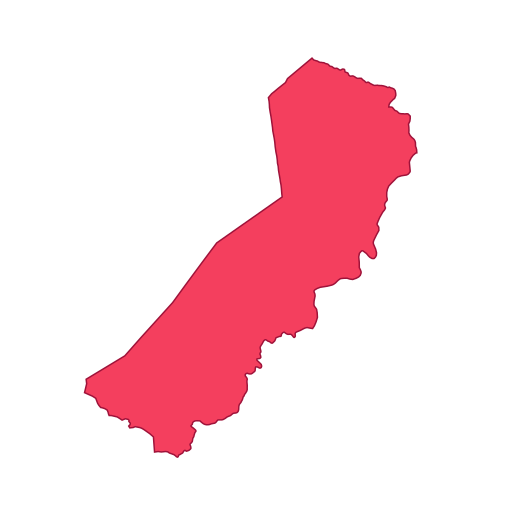 the district of Norbugang, Samdrup Jongkhar, Bhutan, rotated 130°
{"feature_id": "84629894B84199937092772", "entity_name": "Norbugang", "entity_type": "district", "adm_level": 2, "iso_a3": "BTN", "parent_name": "Bhutan", "parent_adm1": "Samdrup Jongkhar", "projection": "robinson", "projection_center": [91.144, 26.832], "detail": "fine", "context": "isolated", "style": "filled", "palette": "rose", "viewbox_px": 512, "rotation_deg": 130, "n_neighbors": 0, "source": "geoboundaries", "source_scale": "gbopen_adm2", "svg_char_len": 6049}
<svg xmlns="http://www.w3.org/2000/svg" viewBox="0 0 512 512"><g transform="rotate(130 256 256)"><path d="M154.8,181.1L154.2,183.3L153.4,184.0L151.4,184.7L147.0,186.0L141.2,187.1L137.7,187.2L136.0,187.7L134.7,189.8L133.4,190.9L132.0,191.3L129.0,191.4L128.1,192.0L126.3,194.2L123.3,196.7L120.1,198.4L117.0,199.3L113.1,199.1L108.7,198.7L106.3,198.6L104.1,198.1L101.0,196.1L97.1,192.7L95.4,192.0L93.0,192.0L91.9,192.4L85.7,198.7L84.3,199.4L81.2,200.2L77.9,200.4L74.5,199.8L73.6,199.1L71.4,201.2L69.9,203.3L69.6,204.1L66.6,206.8L65.7,208.2L65.2,209.4L65.0,210.4L65.0,211.1L65.0,213.1L64.6,215.6L63.4,218.1L61.4,219.6L59.1,221.7L56.9,224.0L53.8,224.8L51.6,226.2L49.7,227.8L49.4,230.8L49.9,231.7L51.6,233.4L52.3,234.5L53.3,235.7L54.4,237.4L54.7,238.4L54.5,241.1L55.2,243.3L54.6,246.4L54.6,247.5L55.2,248.5L56.5,250.1L54.8,251.2L53.7,251.6L51.7,251.8L49.1,251.6L47.7,251.5L46.3,251.1L44.0,251.8L43.0,252.2L41.5,253.6L39.8,255.7L39.4,257.7L39.8,259.3L40.6,261.1L40.9,262.5L42.1,263.2L42.5,264.0L42.5,264.6L42.8,265.5L43.6,267.4L44.6,269.2L46.5,271.6L47.2,272.9L47.8,273.4L49.0,274.7L49.4,275.2L49.9,277.1L50.1,278.2L50.4,279.0L50.5,281.1L50.8,282.0L51.7,282.5L52.3,283.1L52.4,283.8L52.2,285.3L52.4,287.7L52.2,289.0L52.2,289.6L53.4,291.1L54.3,292.0L54.7,292.5L55.0,293.4L55.2,294.5L55.2,295.2L55.6,297.1L56.3,298.2L56.8,298.5L57.5,299.1L57.7,299.9L57.8,301.1L57.0,302.7L56.8,303.3L57.1,304.4L57.6,305.5L57.7,306.3L56.4,307.7L56.3,308.5L56.6,309.1L57.3,310.0L59.0,310.6L59.4,311.0L59.8,311.9L60.0,314.1L60.3,314.9L61.7,316.2L62.0,317.6L62.1,319.7L62.8,320.8L63.1,321.9L62.8,323.7L63.0,324.7L63.9,326.5L64.3,328.3L64.9,329.0L65.8,330.6L66.5,331.4L67.0,332.9L67.1,334.1L67.7,335.3L68.6,337.4L68.7,338.1L68.4,340.3L99.8,345.9L104.2,344.9L113.0,346.7L117.6,347.5L121.5,348.3L126.7,348.3L129.1,345.4L131.3,343.2L133.7,341.0L136.6,337.7L139.5,334.2L142.0,331.4L147.0,325.9L149.3,323.6L154.2,317.6L156.9,314.6L159.9,311.6L163.5,307.6L166.2,304.2L168.9,301.3L171.1,299.2L173.0,296.7L176.0,293.7L181.5,287.2L183.5,285.0L185.5,282.5L188.0,279.9L191.7,276.3L193.9,273.9L271.2,294.5L296.1,293.1L323.3,291.4L345.4,289.9L392.8,291.7L416.8,292.3L459.6,306.9L462.7,303.6L470.9,299.5L468.5,291.2L468.0,287.3L470.7,282.5L471.4,280.3L471.9,277.6L471.3,276.6L470.6,275.0L470.0,273.3L469.7,270.9L470.8,268.8L471.8,267.5L472.6,266.0L471.1,264.1L468.5,258.9L468.1,256.1L467.8,253.1L464.6,251.4L463.3,248.8L463.5,247.6L464.5,247.0L464.6,246.3L464.9,244.8L466.2,244.0L467.0,244.2L468.1,244.2L468.8,242.2L466.3,239.8L464.4,238.9L462.0,234.5L461.4,232.7L461.0,230.2L460.4,223.2L460.5,218.3L471.4,207.7L468.7,205.3L467.0,202.6L463.9,199.6L462.8,197.8L462.7,197.1L462.6,195.8L462.3,194.9L461.6,193.1L461.3,192.2L460.9,191.1L460.8,189.2L460.9,188.1L460.8,187.6L460.6,186.9L459.7,186.6L458.9,187.0L458.1,187.1L457.6,187.1L457.2,186.7L455.7,186.2L454.7,185.8L453.9,185.6L452.2,185.9L451.3,185.9L450.5,185.5L450.3,183.9L449.2,183.1L447.9,182.4L445.9,182.1L445.1,182.3L444.3,183.1L443.6,184.0L443.0,185.3L441.9,185.7L440.6,185.4L439.0,185.6L436.3,187.2L434.5,187.5L432.9,188.3L431.0,189.1L430.4,189.3L429.1,189.3L428.5,189.7L428.2,190.4L428.1,192.5L428.1,193.9L428.2,194.6L428.2,196.0L428.0,196.6L427.3,196.7L426.0,196.6L425.4,196.8L424.9,197.2L424.2,197.4L423.6,197.4L422.9,197.3L421.7,196.8L421.1,196.3L420.2,195.4L418.5,193.2L418.3,192.5L418.4,191.8L418.4,190.4L418.3,188.4L417.9,187.0L417.3,185.8L416.9,185.2L416.0,184.2L415.0,183.3L413.2,182.3L411.1,180.6L410.6,180.2L409.9,179.9L409.3,179.8L408.6,179.8L406.6,179.9L406.0,179.7L405.5,179.2L403.7,177.1L403.2,176.6L402.7,176.3L402.1,175.9L401.5,175.7L400.2,175.2L398.0,174.7L397.1,174.3L396.3,173.9L395.3,173.3L394.4,172.9L393.4,172.8L391.4,172.4L390.3,171.6L389.4,170.7L388.4,170.0L387.6,169.8L386.6,169.8L385.7,170.1L384.7,170.6L382.5,172.3L381.5,172.9L380.7,173.2L379.9,173.4L377.8,173.4L376.9,173.7L375.6,173.9L374.3,174.3L373.0,174.9L372.5,175.2L371.1,175.2L369.3,175.8L368.0,175.8L366.9,176.0L365.9,176.1L365.0,176.4L363.8,177.0L362.8,177.9L360.9,179.4L358.3,182.0L357.7,182.5L356.8,183.1L356.0,183.5L355.4,184.4L354.9,186.2L354.8,187.1L353.6,188.1L352.5,188.0L351.5,187.4L351.0,186.1L350.4,185.0L349.7,184.2L349.2,183.8L347.8,183.3L346.6,183.2L345.5,182.8L344.4,183.0L341.9,184.7L341.2,184.9L340.3,184.0L339.9,182.7L339.6,181.3L339.1,180.7L338.6,180.4L337.8,180.4L336.7,180.9L335.7,182.3L335.5,184.2L335.4,186.1L335.3,188.0L335.0,188.6L334.4,189.1L333.9,188.9L333.4,188.5L332.4,187.5L331.8,187.2L331.2,187.1L330.5,187.2L329.6,188.2L329.2,188.8L328.6,190.0L328.0,190.3L327.4,190.5L326.7,190.5L326.1,190.8L325.6,191.3L324.0,193.5L323.5,194.0L322.9,194.3L321.6,194.6L321.0,194.7L319.7,194.8L316.2,195.5L315.5,195.5L314.3,195.2L313.9,194.7L313.7,194.0L313.6,192.6L313.5,191.9L313.2,191.3L312.9,190.6L312.9,188.5L312.6,187.9L312.1,187.4L309.4,187.1L308.8,187.1L306.9,187.7L306.3,188.0L305.7,188.1L305.1,187.8L303.9,187.1L302.7,186.5L301.8,185.5L301.2,185.3L300.6,185.5L300.1,186.0L299.4,186.2L297.9,186.2L297.3,186.1L296.7,185.8L296.2,185.3L296.1,183.3L295.9,182.2L295.5,181.2L294.7,180.3L294.2,179.8L293.7,179.2L293.5,178.5L293.5,177.9L293.6,177.0L293.9,175.7L294.0,174.7L293.6,174.2L292.5,174.2L291.5,174.9L290.6,175.9L289.9,176.3L289.1,176.4L288.1,176.1L284.5,174.2L280.8,172.7L279.6,172.1L278.5,171.3L278.0,170.9L277.3,169.7L277.0,169.1L275.2,166.0L271.9,166.4L267.7,167.7L263.5,169.5L260.1,172.7L257.9,175.3L257.3,177.4L256.9,179.2L255.8,180.6L253.4,182.4L248.7,185.0L247.3,186.4L246.6,187.7L246.1,188.6L245.1,189.2L244.2,189.2L241.6,188.3L238.7,186.7L233.2,181.9L229.5,179.2L227.9,178.4L225.6,177.8L223.0,177.6L221.4,177.4L219.0,176.7L216.8,174.6L214.5,172.0L213.3,169.2L211.8,166.8L208.6,164.9L206.1,163.9L203.8,163.7L201.4,164.6L200.5,165.4L199.4,167.3L198.6,169.3L194.3,173.0L190.7,176.7L187.5,178.5L185.2,178.5L184.0,178.3L183.4,177.6L183.3,176.7L183.1,173.2L183.3,171.7L183.6,170.3L183.8,168.0L183.4,165.7L182.7,164.6L181.9,163.9L180.0,163.8L178.2,164.2L176.1,165.7L173.9,168.7L171.3,173.8L170.0,175.1L168.0,175.9L162.4,177.3L157.4,178.3L155.1,180.4L154.8,181.1Z" fill="#f43f5e" stroke="#9f1239" stroke-width="1.5"/></g></svg>